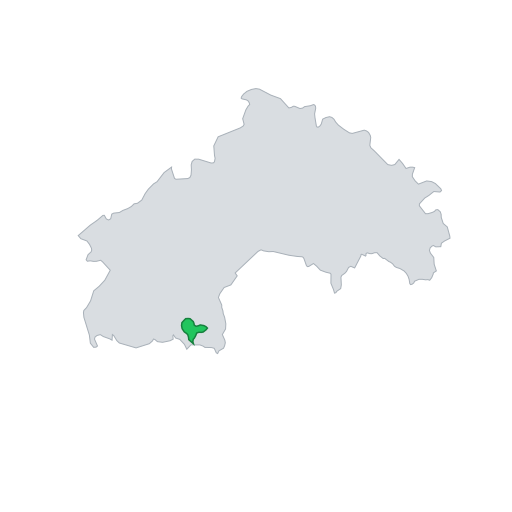 Coyah on a map of Guinea (Mercator projection), rotated 317°
{"feature_id": "GIN-5631", "entity_name": "Coyah", "entity_type": "Prefecture", "adm_level": 1, "iso_a3": "GIN", "parent_name": "Guinea", "parent_adm1": "", "projection": "mercator", "projection_center": [-13.332, 9.762], "detail": "fine", "context": "in_parent", "style": "filled", "palette": "green", "viewbox_px": 512, "rotation_deg": 317, "n_neighbors": 0, "source": "natural_earth", "source_scale": "10m", "svg_char_len": 4221}
<svg xmlns="http://www.w3.org/2000/svg" viewBox="0 0 512 512"><g transform="rotate(317 256 256)"><path d="M309.2,329.2L305.4,328.7L303.7,329.4L298.7,335.3L295.7,337.6L291.1,336.9L289.4,337.3L288.1,336.7L289.8,333.4L292.2,327.0L298.4,320.5L298.5,319.2L296.0,315.4L293.4,310.2L293.4,304.7L292.9,300.7L287.4,299.6L286.4,298.9L286.3,297.5L289.3,290.6L289.6,289.2L289.2,288.0L285.9,284.5L280.6,277.9L271.7,264.5L268.3,261.6L265.1,257.5L263.9,254.9L260.5,254.0L229.2,254.2L228.7,257.7L217.9,260.0L211.2,257.3L203.8,258.9L200.2,260.7L197.5,268.5L195.9,270.2L194.3,273.7L192.8,275.7L191.2,279.5L187.7,285.0L184.0,288.6L177.8,290.5L175.8,296.3L174.4,298.5L171.9,300.2L169.4,301.3L164.2,300.1L161.4,301.2L160.9,299.7L162.5,295.1L161.2,292.8L156.3,288.0L155.8,285.7L154.3,282.7L147.8,276.6L141.8,277.0L143.4,271.8L143.4,265.0L141.3,261.2L141.8,257.4L140.7,257.7L138.7,260.3L135.4,259.4L128.8,255.4L125.5,251.4L125.1,248.1L124.4,246.8L122.4,247.5L118.2,247.4L105.6,241.4L96.7,226.4L96.5,223.0L97.7,217.1L97.4,215.5L93.3,219.4L92.5,216.8L89.4,210.8L88.5,207.3L85.5,205.7L83.0,205.5L81.2,206.6L78.7,213.7L76.9,213.6L75.0,212.1L75.4,206.8L80.2,200.2L88.3,183.5L91.2,179.7L93.0,178.4L96.9,178.2L104.4,176.0L113.6,170.8L120.6,171.2L128.9,170.6L139.7,167.0L139.8,155.7L139.5,153.2L135.6,151.0L133.4,149.0L131.5,146.5L129.1,144.8L129.2,142.9L134.0,140.5L138.4,140.5L139.9,139.6L141.0,138.0L142.2,133.9L142.6,129.7L139.7,123.9L139.9,119.8L155.8,120.4L164.5,121.6L171.7,121.9L172.8,122.8L171.8,126.8L172.7,129.1L175.1,129.7L179.1,127.0L181.2,127.6L185.7,131.0L189.8,131.9L194.4,133.8L198.6,134.8L202.4,134.7L205.3,136.6L210.6,137.2L217.4,134.8L222.8,133.7L230.3,133.4L234.3,134.2L245.8,132.3L254.9,133.4L253.5,134.7L249.3,143.7L249.8,145.3L259.0,152.9L261.2,153.5L263.7,152.5L267.6,148.9L270.8,145.1L273.8,143.3L277.3,143.4L280.1,146.1L286.6,157.4L288.3,158.8L289.8,158.8L292.7,156.7L294.2,154.2L300.2,146.7L309.6,143.0L331.9,151.6L335.2,152.2L337.1,151.6L339.9,146.5L348.3,142.2L352.4,141.0L354.7,140.9L355.5,139.5L356.0,137.4L355.5,135.3L352.9,131.5L352.8,130.4L354.3,129.6L357.5,129.1L361.7,129.4L366.3,131.1L370.1,133.5L372.3,136.3L376.5,148.3L381.2,157.6L381.0,170.1L383.1,171.4L385.4,171.9L386.4,172.9L388.7,178.1L390.9,179.6L393.4,179.9L398.3,183.2L401.4,184.5L401.8,185.5L401.7,186.9L400.5,188.6L395.8,192.0L393.5,195.0L388.8,202.1L388.6,203.4L389.6,204.3L391.6,204.5L393.7,204.0L398.1,201.4L401.5,202.4L404.8,204.3L406.0,206.4L406.3,209.1L405.6,212.5L405.5,216.4L406.6,223.0L408.3,229.6L410.0,232.0L421.0,237.8L422.1,239.9L422.6,242.4L421.8,245.7L420.7,247.6L414.7,252.7L413.8,255.2L414.2,259.7L414.7,279.0L417.0,282.2L419.9,283.8L426.5,282.9L426.3,288.3L425.4,294.3L429.3,296.1L431.2,297.9L432.3,299.6L426.2,302.8L424.4,304.6L423.6,309.6L423.8,314.2L432.0,317.5L435.2,321.4L436.6,325.4L437.0,332.9L436.3,334.7L434.2,334.7L430.0,330.1L423.7,329.6L419.0,328.7L411.1,329.3L409.7,330.7L408.8,340.7L410.7,342.4L414.5,344.3L416.9,345.1L419.0,344.9L420.6,346.1L420.9,349.4L419.8,351.8L417.8,354.1L415.1,359.9L415.7,365.2L411.3,373.6L410.0,375.3L404.1,373.6L400.3,373.1L397.5,375.2L393.7,371.9L392.9,369.3L391.5,368.8L389.0,368.8L386.6,370.2L385.5,372.9L385.0,378.3L380.7,383.5L377.7,389.9L374.2,389.3L373.4,390.0L369.7,391.7L366.5,392.2L365.6,390.5L363.8,389.1L361.7,386.4L359.3,384.2L354.8,382.6L353.0,383.3L350.9,383.1L349.5,382.3L349.7,381.0L352.0,377.6L353.4,374.5L354.1,371.2L354.1,368.0L352.8,363.5L350.8,359.9L350.3,357.9L350.6,354.9L350.1,352.2L349.4,350.7L348.5,345.5L347.3,344.6L346.6,340.4L346.8,336.1L345.0,334.5L342.3,333.3L340.7,331.7L339.7,329.8L338.7,329.3L337.8,329.4L337.0,330.5L336.1,330.8L334.5,326.8L333.8,326.6L332.7,327.5L320.0,332.0L318.3,328.2L315.9,327.5L311.7,329.0L309.2,329.2Z" fill="#d9dde1" stroke="#a8b0b8" stroke-width="1"/><path d="M151.8,275.3L151.5,275.3L150.4,277.5L150.1,274.9L149.8,271.3L151.3,269.3L152.4,267.1L152.4,265.4L151.8,262.6L152.4,258.8L154.1,256.1L156.4,254.2L160.4,253.9L161.9,253.9L164.0,255.7L165.0,256.9L165.4,261.2L164.7,262.9L163.7,264.4L164.2,266.5L166.2,267.7L168.2,268.4L170.4,271.3L171.2,273.5L171.3,275.6L169.3,275.9L165.6,275.6L164.1,274.7L162.2,272.8L160.1,271.9L157.6,273.1L154.9,274.0L153.3,274.1L151.8,275.3Z" fill="#22c55e" stroke="#15803d" stroke-width="1.5"/></g></svg>